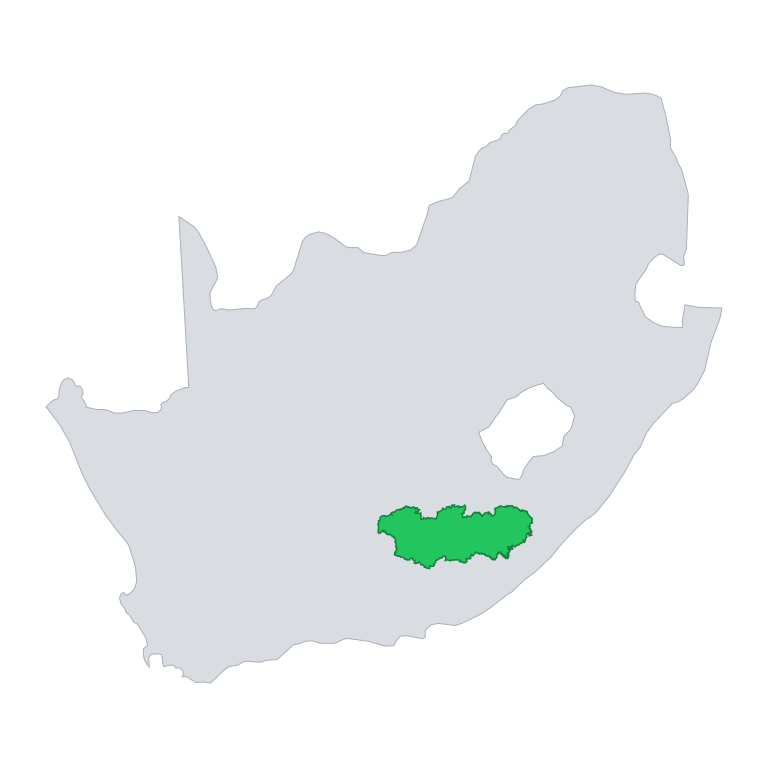 location of Chris Hani, Eastern Cape, South Africa
{"feature_id": "47623444B97098873518332", "entity_name": "Chris Hani", "entity_type": "district", "adm_level": 2, "iso_a3": "ZAF", "parent_name": "South Africa", "parent_adm1": "Eastern Cape", "projection": "orthographic", "projection_center": [27.423, -31.861], "detail": "fine", "context": "in_parent", "style": "filled", "palette": "green", "viewbox_px": 768, "rotation_deg": 0, "n_neighbors": 0, "source": "geoboundaries", "source_scale": "gbopen_adm2", "svg_char_len": 9717}
<svg xmlns="http://www.w3.org/2000/svg" viewBox="0 0 768 768"><path d="M568.1,87.7L591.2,85.0L601.6,87.0L614.0,92.3L625.6,94.3L645.3,93.1L652.1,94.2L657.4,96.0L661.3,98.8L666.4,118.6L670.6,139.7L670.4,146.5L671.0,149.1L676.3,158.2L678.2,163.9L681.2,168.5L687.6,191.3L688.3,195.2L686.4,249.6L683.5,256.1L684.4,264.7L681.1,265.7L662.3,254.0L658.9,254.3L653.4,258.2L648.2,264.4L645.8,269.8L635.8,284.1L634.9,293.4L635.4,301.5L638.6,301.9L640.8,307.7L645.7,317.0L654.3,323.2L662.3,326.2L673.6,327.3L682.6,327.5L682.3,321.3L684.9,304.8L699.8,307.5L721.9,308.0L719.9,318.7L710.9,342.8L704.7,370.2L697.6,383.8L693.7,389.4L682.7,399.1L677.0,402.3L672.4,403.3L653.6,423.2L646.5,432.9L640.1,447.2L634.0,454.9L624.9,471.7L609.1,496.3L596.0,512.4L590.3,517.1L586.4,519.2L576.2,528.5L561.8,543.6L550.9,557.1L534.6,572.4L525.3,579.1L511.3,592.3L507.5,594.3L491.9,606.6L480.7,614.2L462.7,623.0L455.5,625.5L438.4,623.4L431.3,624.7L425.4,630.1L425.0,637.6L422.5,638.8L406.7,635.6L400.3,636.3L396.6,640.5L393.7,645.6L384.8,646.1L368.6,641.3L349.8,638.7L345.4,638.5L336.4,642.7L333.3,643.4L320.0,643.1L312.6,640.9L305.5,641.2L300.2,643.5L293.8,644.6L276.9,659.6L267.9,660.1L260.1,662.2L246.2,661.1L242.1,662.2L238.2,665.0L228.9,666.6L225.4,669.0L210.5,683.0L203.9,682.0L195.7,682.5L185.8,676.3L182.3,677.0L183.1,674.8L183.1,671.2L179.5,667.7L175.9,668.2L173.7,665.2L168.1,665.4L163.5,666.7L161.7,654.8L159.4,653.8L153.8,654.0L151.1,654.6L149.9,655.8L148.6,658.7L149.4,667.0L147.2,664.8L144.5,660.0L143.3,654.7L143.6,648.4L147.6,645.6L145.7,637.8L137.9,624.6L133.6,622.0L129.8,615.2L126.4,612.9L124.6,608.1L121.2,604.4L119.5,598.2L120.9,594.5L123.5,592.3L126.5,595.2L129.8,593.7L134.3,588.7L136.7,581.6L135.9,570.6L134.6,563.8L129.2,546.4L127.0,542.5L117.0,530.6L105.2,514.6L89.8,489.0L82.1,473.5L69.6,442.0L59.5,424.5L47.5,408.5L46.1,407.5L47.5,405.3L52.7,400.7L55.2,399.4L56.6,399.8L57.8,398.5L58.9,395.7L59.3,389.6L61.3,383.0L63.5,380.0L68.3,377.8L72.3,379.8L74.1,382.0L75.0,385.0L76.8,386.3L79.5,386.0L81.5,387.7L82.9,391.5L83.0,394.3L81.6,396.2L82.0,398.5L84.2,401.2L86.8,407.3L97.2,409.6L103.0,409.5L108.6,410.6L113.9,413.0L122.4,413.0L134.0,410.5L143.7,410.4L151.5,412.6L157.0,412.6L160.3,410.6L161.6,408.0L160.9,404.8L162.5,402.6L166.3,401.4L169.2,398.7L171.2,394.5L176.4,390.8L184.6,387.7L188.8,387.5L178.9,216.6L194.8,227.3L198.7,232.5L207.0,248.0L215.8,267.3L217.5,276.7L217.3,278.8L210.1,292.3L210.1,298.6L211.4,306.1L213.4,309.7L215.8,310.8L221.1,308.6L229.5,310.1L245.4,308.3L253.4,308.9L255.4,308.2L257.1,306.5L259.0,301.9L260.8,300.3L268.1,297.9L271.4,295.2L276.3,286.0L291.7,273.4L293.4,270.4L302.4,241.5L305.3,237.3L309.7,234.4L318.4,231.9L323.7,232.9L329.3,235.1L335.7,239.1L345.3,246.5L348.6,247.6L358.0,247.6L363.9,252.6L381.5,255.6L386.6,255.3L392.0,252.4L401.1,252.3L410.7,250.2L416.6,245.0L427.5,213.6L428.7,206.8L430.0,204.9L439.2,201.2L450.5,198.4L452.9,197.0L459.9,188.2L469.1,181.0L475.5,156.1L479.7,150.2L482.3,147.7L484.0,147.7L486.4,146.1L489.5,143.1L493.2,141.2L497.4,140.5L500.2,138.5L501.5,135.2L503.7,133.5L506.8,133.6L508.6,132.6L509.0,130.4L516.1,125.1L516.2,122.9L520.3,117.7L528.2,109.4L535.6,104.9L542.6,104.0L555.4,99.9L560.1,96.0L563.0,90.6L568.1,87.7ZM543.2,455.7L554.0,451.6L562.1,446.1L564.0,436.0L570.3,429.8L572.6,424.0L574.5,416.0L571.0,407.5L566.0,404.9L556.9,397.5L553.0,392.6L547.5,388.4L543.6,383.4L537.3,384.9L527.4,388.8L521.3,392.4L516.2,396.8L507.0,399.9L498.4,413.7L495.6,416.8L488.9,426.9L479.3,431.9L479.1,433.7L482.3,441.9L486.8,450.1L491.4,456.8L491.2,461.0L492.8,464.2L497.0,466.4L504.0,474.8L507.5,477.5L518.1,479.5L519.7,479.0L522.6,474.1L523.1,470.5L530.3,459.8L533.4,456.5L543.2,455.7Z" fill="#d9dde1" stroke="#a8b0b8" stroke-width="1"/><path d="M531.1,535.1L530.6,534.7L531.1,534.3L530.0,533.3L530.1,533.0L530.5,533.3L531.2,533.0L530.9,532.8L531.1,532.1L530.6,531.7L531.4,531.3L530.9,531.1L530.9,530.7L530.5,530.5L530.8,529.8L530.2,529.4L530.3,528.8L529.5,528.5L529.3,527.9L529.9,527.0L529.2,526.8L529.6,526.7L529.7,526.3L530.0,526.1L529.5,525.5L530.0,523.9L531.3,523.2L531.7,523.4L532.4,522.5L532.1,521.5L531.9,521.5L532.1,520.9L531.7,519.8L532.4,518.8L531.8,518.0L530.4,517.3L530.1,516.4L529.0,515.8L528.4,514.6L527.3,513.0L527.4,511.9L526.4,511.7L525.9,510.9L525.1,511.1L524.2,510.5L523.0,510.9L523.1,510.3L522.1,510.3L521.7,510.0L521.3,511.0L520.5,511.4L519.3,509.7L517.9,508.4L517.1,508.2L516.8,507.5L514.5,507.2L513.5,507.8L513.4,506.9L512.1,505.7L509.9,505.9L509.6,506.3L508.7,505.7L507.7,505.7L507.4,506.6L506.7,507.2L505.5,507.0L505.7,506.3L504.5,506.9L502.2,506.7L501.5,506.1L500.0,506.0L499.3,507.0L498.3,506.8L496.9,508.0L495.3,508.2L494.6,509.3L495.5,510.3L495.0,513.8L493.6,515.8L492.7,515.6L491.8,515.9L491.0,514.0L490.2,513.9L489.4,512.4L488.9,512.8L489.1,513.7L488.5,514.0L488.3,512.1L484.3,513.4L482.5,516.2L481.9,515.9L481.3,514.6L480.7,514.8L479.8,513.6L480.0,513.1L479.2,512.3L478.0,513.1L476.4,512.2L475.7,513.1L474.7,512.3L472.6,513.9L472.7,514.9L471.5,515.5L471.2,516.6L469.5,516.5L467.0,515.8L466.5,517.1L465.3,517.4L464.5,516.8L462.7,517.6L462.5,515.3L461.8,513.7L463.8,513.7L464.1,512.8L463.9,511.3L465.6,509.2L465.4,506.2L464.8,505.2L462.4,507.0L460.3,506.6L459.6,507.5L458.4,506.9L458.5,506.0L454.3,506.8L453.7,506.0L454.3,505.0L452.4,505.2L452.1,505.0L451.6,505.6L451.5,506.2L451.7,506.5L451.6,506.8L451.2,506.5L450.7,508.1L449.1,507.3L449.2,506.6L446.7,506.9L445.4,509.4L443.7,508.9L442.6,508.3L442.2,510.2L438.6,512.1L437.9,511.8L437.3,512.2L437.6,514.4L437.4,515.8L436.9,516.4L437.0,516.9L436.0,518.9L434.3,518.5L434.2,518.7L431.7,517.9L429.9,518.5L430.0,518.3L428.1,517.5L426.7,518.0L426.4,518.8L425.7,519.0L425.1,518.2L424.0,518.3L423.5,517.8L423.4,518.5L422.7,518.9L422.8,519.2L422.1,519.0L421.0,519.5L420.7,517.4L421.1,516.4L420.7,512.9L419.9,513.6L417.8,513.0L415.9,513.4L415.1,512.5L416.3,511.5L417.2,511.8L417.9,511.7L419.6,509.8L418.1,509.4L417.0,508.2L417.1,507.8L416.4,508.0L415.9,508.9L415.2,508.9L414.6,508.0L414.8,507.7L413.2,506.8L411.4,508.0L408.9,507.0L408.6,507.5L408.0,507.4L408.0,507.1L406.0,506.0L405.4,506.5L405.6,506.7L405.4,507.1L404.9,507.1L404.4,507.5L404.1,508.3L403.5,507.9L403.4,508.5L402.5,508.3L401.3,509.3L400.7,509.5L400.2,509.0L399.6,509.8L397.5,509.6L395.7,510.7L394.7,512.3L394.3,512.0L393.3,512.0L391.5,512.7L391.9,514.9L390.4,514.1L389.0,515.7L386.4,516.2L385.9,516.7L385.7,516.3L384.0,515.5L381.3,516.3L380.2,517.3L379.9,520.2L378.4,521.0L378.9,521.6L378.6,523.2L377.8,524.3L378.6,526.0L378.4,530.7L378.1,530.8L378.3,533.0L379.9,533.3L381.0,532.2L381.0,531.8L382.5,531.6L382.7,530.7L383.5,529.9L383.0,530.9L383.3,531.2L384.1,531.1L383.5,531.7L386.0,532.4L385.9,533.4L387.0,534.2L387.7,534.0L388.0,534.1L388.1,534.5L388.8,534.6L388.4,535.2L390.0,534.2L391.8,535.6L392.1,536.5L392.9,536.7L393.7,536.3L394.1,538.0L394.6,537.8L394.9,538.5L395.3,539.0L395.8,540.7L394.9,541.5L395.8,543.2L396.1,544.4L395.7,546.6L396.1,547.4L396.3,547.3L396.9,549.1L396.2,549.8L396.4,550.6L395.7,551.5L395.8,552.2L395.2,551.9L394.9,552.2L394.7,553.0L394.5,554.5L395.2,555.3L396.3,555.4L397.5,556.2L398.4,555.8L399.1,555.9L399.3,556.4L400.2,556.5L400.5,557.1L401.4,556.8L403.4,557.6L405.0,559.3L405.7,559.0L406.8,559.6L406.9,560.1L407.6,559.7L409.4,560.0L410.6,558.4L412.7,558.1L412.6,559.7L413.5,560.0L414.5,561.2L414.9,561.2L414.2,563.0L415.1,563.5L418.0,563.0L418.7,562.3L419.6,562.1L421.2,565.0L422.4,564.7L423.1,564.9L424.0,566.0L424.4,567.3L425.8,566.9L426.2,567.9L429.6,568.6L430.0,565.8L431.5,566.4L433.6,566.2L434.4,564.8L434.0,563.7L435.6,562.4L435.6,561.3L436.0,560.4L436.8,560.0L437.8,559.9L439.2,558.6L439.8,558.4L440.0,557.9L441.1,558.2L442.6,557.2L443.0,556.1L443.5,556.0L445.5,556.6L445.9,558.7L445.3,560.5L447.2,559.8L450.2,560.8L452.6,559.9L453.9,560.2L454.7,559.7L456.0,560.0L458.3,559.7L459.0,560.0L459.3,561.2L460.3,561.9L460.9,561.2L461.2,561.7L461.7,561.7L464.1,563.1L464.5,562.5L465.8,562.6L466.9,561.6L466.7,560.1L466.4,559.9L466.1,559.0L467.0,558.4L467.3,558.8L470.0,558.8L470.8,558.2L470.0,557.5L470.0,556.9L470.7,556.5L470.8,555.7L471.6,555.5L471.3,555.4L471.2,554.6L471.5,554.6L472.3,555.6L473.2,555.7L473.5,554.8L474.5,554.2L476.1,552.0L477.9,553.4L479.4,553.3L479.5,554.0L481.1,553.3L482.4,553.7L482.2,554.1L484.6,553.9L484.7,554.8L485.3,554.6L485.6,555.4L487.1,556.2L488.3,555.6L489.0,556.5L489.4,556.5L489.5,556.8L490.1,557.0L490.3,557.7L490.6,557.6L490.8,558.0L491.2,557.6L492.1,558.9L491.9,559.4L492.8,559.8L493.7,559.6L493.8,558.8L494.9,559.8L495.3,559.3L494.9,558.6L495.7,558.6L496.9,557.3L496.7,556.0L496.9,555.4L496.7,554.8L497.5,553.8L497.8,554.1L498.3,554.0L498.0,552.5L498.9,552.2L499.7,552.7L499.7,552.0L500.1,551.9L501.2,553.0L500.9,554.1L501.1,554.7L502.4,554.7L502.5,554.1L502.8,554.1L503.1,555.2L503.0,556.2L504.5,555.4L504.6,555.8L504.1,556.9L504.5,557.2L504.8,557.0L505.0,555.5L505.2,555.4L505.8,556.1L505.2,556.6L505.5,558.4L506.6,558.3L507.0,557.5L507.5,558.5L508.4,557.6L508.1,557.3L507.7,557.4L507.7,556.1L508.6,555.8L507.7,555.4L507.7,555.1L508.5,554.5L507.5,553.4L507.5,552.9L509.0,553.6L508.6,553.1L509.6,551.6L509.1,550.6L509.8,550.7L510.3,550.0L510.1,549.6L509.8,549.9L508.8,549.2L508.3,549.2L508.5,548.7L508.1,547.9L508.8,547.7L508.8,547.2L508.4,546.8L509.5,546.7L509.7,547.2L510.4,547.4L510.8,548.2L510.3,548.5L511.3,549.1L512.6,549.0L512.9,548.8L511.7,546.6L512.3,546.4L512.6,545.7L512.2,545.6L512.4,545.4L515.1,546.9L517.1,544.9L517.5,544.7L517.8,545.1L518.9,545.0L519.7,543.8L522.0,542.9L522.7,542.3L524.2,541.6L523.8,540.6L524.4,541.0L524.4,541.5L524.7,541.2L524.8,541.6L525.4,540.5L525.4,539.7L526.5,537.0L526.1,536.9L526.0,536.5L526.7,536.6L526.5,535.5L527.0,533.6L527.9,533.1L527.7,533.8L528.2,533.8L528.3,534.6L528.5,534.1L529.3,535.2L529.1,535.6L529.5,536.0L530.1,535.5L530.1,535.1L531.1,535.1Z" fill="#22c55e" stroke="#15803d" stroke-width="1.5"/></svg>